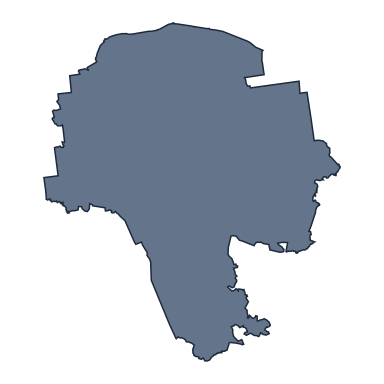 Blīdenes pag., Brocenu, Latvia
{"feature_id": "27541924B82877034369883", "entity_name": "Blīdenes pag.", "entity_type": "district", "adm_level": 2, "iso_a3": "LVA", "parent_name": "Latvia", "parent_adm1": "Brocenu", "projection": "albers", "projection_center": [22.765, 56.631], "detail": "fine", "context": "isolated", "style": "filled", "palette": "slate", "viewbox_px": 384, "rotation_deg": 0, "n_neighbors": 0, "source": "geoboundaries", "source_scale": "gbopen_adm2", "svg_char_len": 5939}
<svg xmlns="http://www.w3.org/2000/svg" viewBox="0 0 384 384"><path d="M226.9,350.4L228.3,346.0L228.8,344.9L229.0,343.1L230.3,342.5L236.2,343.1L242.2,344.4L242.3,344.7L243.7,344.2L241.7,339.6L238.1,341.2L233.7,336.6L232.6,332.7L232.8,329.7L231.3,326.6L233.8,325.9L234.8,324.5L237.6,325.3L239.8,327.6L243.3,325.8L243.2,327.1L245.1,327.6L246.3,328.6L246.6,329.9L247.4,331.2L247.3,332.0L245.2,332.3L244.1,333.9L246.5,335.3L249.0,333.9L250.9,333.3L254.1,335.4L256.9,335.7L258.3,336.5L259.0,336.3L260.7,332.7L261.6,332.9L262.3,334.2L266.0,335.1L269.2,333.7L268.4,331.9L267.2,331.6L265.1,330.1L265.0,329.1L266.6,327.0L267.3,327.4L269.2,326.4L270.3,325.4L269.2,322.3L266.8,320.1L264.2,318.7L263.1,319.3L259.2,320.3L258.4,321.1L257.2,320.8L257.1,319.5L257.2,316.2L255.8,315.7L254.9,317.4L253.3,318.4L252.4,318.1L249.6,315.4L248.7,317.8L247.9,318.1L247.5,316.9L248.1,315.9L247.1,312.7L247.1,310.3L245.0,308.1L248.4,301.7L246.2,298.5L246.5,296.8L247.4,296.4L246.8,294.9L245.3,294.9L244.8,292.2L244.1,290.4L243.7,290.4L243.9,289.6L242.4,289.8L241.9,289.4L238.3,289.0L238.2,290.8L236.0,288.7L233.7,290.8L231.5,290.7L227.7,287.0L229.3,285.9L232.1,287.8L234.2,286.9L235.5,282.9L236.4,282.4L236.7,280.2L235.2,278.3L235.5,277.2L236.9,276.2L234.9,273.6L235.1,272.3L233.6,268.3L237.4,267.4L237.6,266.4L237.6,265.9L236.5,265.7L235.8,264.1L235.2,264.5L233.7,264.3L233.5,262.7L231.8,258.5L229.2,256.3L228.0,254.4L228.3,247.6L231.0,236.2L232.4,235.6L236.1,236.2L239.5,240.3L241.9,240.9L254.1,245.7L255.3,243.3L257.2,242.2L258.1,242.1L260.3,242.5L261.2,242.1L263.3,243.6L268.8,244.5L269.9,249.9L279.6,252.2L283.1,251.9L283.9,251.0L283.9,249.3L283.3,249.0L282.0,247.1L278.8,244.8L277.7,243.2L282.1,242.4L287.6,242.5L286.0,251.5L286.6,252.0L288.1,251.1L288.8,251.4L291.2,251.2L292.9,250.6L293.8,251.4L295.5,251.3L295.6,251.9L296.1,252.0L296.0,252.4L296.1,253.1L297.4,253.1L297.7,252.9L297.9,251.9L298.7,251.3L300.2,251.1L300.9,250.5L302.1,250.4L303.6,249.7L304.7,250.0L305.9,249.5L306.4,248.8L307.5,248.6L307.7,247.9L309.3,246.3L310.4,244.3L311.8,244.1L312.6,243.2L313.7,242.7L314.0,241.9L314.4,241.8L310.1,240.1L310.2,238.8L309.9,236.4L310.1,235.3L310.5,234.8L311.2,234.6L310.5,231.6L308.8,231.4L310.7,227.0L314.6,215.2L315.6,212.2L315.5,211.1L315.8,209.8L316.8,207.1L318.3,205.7L319.4,205.3L319.7,204.6L318.8,203.4L318.5,203.7L318.0,202.9L317.0,202.6L316.0,201.7L315.9,201.0L315.5,200.8L315.3,200.2L313.8,200.5L313.6,201.3L312.6,200.1L312.8,198.6L313.2,197.0L313.0,196.6L313.5,195.9L314.1,195.2L314.7,195.2L315.3,196.2L315.6,195.9L315.3,194.8L314.6,194.7L314.4,194.2L315.5,192.9L316.8,192.6L316.9,191.0L316.0,190.8L316.6,190.0L316.7,189.4L317.1,189.3L316.8,188.2L317.8,186.7L317.0,184.2L315.2,182.9L314.6,182.8L314.6,181.6L315.1,180.5L316.4,179.9L318.1,180.3L318.6,180.1L319.2,180.6L320.8,180.4L321.8,179.7L323.1,179.8L322.2,178.8L322.8,178.4L323.0,177.8L323.4,177.4L323.7,176.7L326.3,177.1L326.5,178.0L328.2,177.7L329.0,176.4L331.8,174.0L333.2,174.3L334.0,175.2L334.4,175.1L334.7,174.5L335.3,175.5L336.0,175.5L336.1,174.7L335.8,174.1L335.8,173.2L336.4,173.1L336.9,172.1L337.6,171.9L338.5,169.9L340.0,167.8L340.1,167.4L339.9,167.1L340.0,166.6L339.3,166.4L339.4,165.5L339.0,164.5L338.1,164.1L337.8,164.6L331.3,157.4L329.4,156.0L329.2,154.4L329.9,152.8L329.6,148.0L327.8,147.1L326.7,145.7L326.5,143.6L322.9,140.9L318.1,140.2L314.2,140.7L311.1,119.0L307.0,92.3L299.9,93.3L299.1,81.2L250.5,87.9L249.9,85.9L247.8,86.2L246.3,83.9L245.5,79.4L244.6,77.6L264.1,74.7L262.3,62.2L261.7,60.9L261.9,60.8L262.0,51.3L263.0,50.4L255.6,47.2L250.2,42.7L247.5,41.2L222.7,31.4L215.7,30.0L209.6,29.3L209.2,28.5L206.7,28.6L193.7,26.5L193.7,26.8L191.7,26.1L177.7,24.0L173.8,23.7L173.8,23.0L172.7,23.0L172.6,23.5L168.4,24.4L159.8,29.1L157.2,29.9L157.3,30.2L150.7,31.4L149.3,31.2L131.6,34.2L127.9,34.2L126.7,33.6L122.0,33.7L116.1,34.8L110.3,36.7L108.9,37.4L107.2,39.1L105.1,38.8L103.7,41.1L104.3,41.7L100.3,45.6L97.2,53.3L96.4,56.7L95.4,58.7L95.9,60.1L96.1,60.1L96.6,62.0L87.2,67.5L88.1,70.0L84.9,68.8L78.7,70.3L78.5,71.1L79.9,74.2L69.7,75.7L71.4,92.5L58.0,93.9L58.6,99.6L56.9,101.5L59.5,105.1L60.6,108.9L56.1,110.5L53.8,110.1L52.6,111.1L54.3,117.3L53.9,117.2L52.5,118.1L52.5,118.8L52.2,119.0L55.2,124.0L56.2,124.0L57.5,125.8L61.4,125.8L62.4,125.0L63.1,128.9L64.6,141.9L64.4,142.5L62.2,141.9L62.6,144.0L64.0,145.8L63.2,146.3L63.3,147.3L61.0,147.5L60.2,146.1L57.5,147.1L56.6,146.9L54.5,147.7L58.1,175.8L43.9,177.6L45.6,190.0L46.3,197.7L46.2,199.2L47.7,200.0L48.4,199.3L49.2,199.4L49.5,199.1L50.0,199.1L49.8,200.0L50.8,200.1L50.7,200.6L51.6,201.9L53.5,201.2L55.1,201.6L56.4,201.0L57.3,202.6L59.1,201.5L60.2,202.3L60.3,202.9L60.8,203.4L61.3,202.4L61.9,202.4L62.1,202.9L62.1,203.6L62.8,203.1L62.6,203.8L63.3,204.1L63.0,205.2L63.4,205.0L63.7,205.8L64.3,206.0L65.8,207.3L66.1,208.2L65.9,209.5L66.5,209.9L66.4,210.6L66.8,210.5L67.3,211.3L67.0,211.9L67.3,212.0L67.3,212.9L67.5,213.1L68.5,212.7L69.5,213.4L68.7,211.8L72.5,210.7L75.0,210.7L78.1,209.9L78.5,206.5L81.6,206.7L82.2,208.7L85.0,211.1L87.4,211.5L89.3,209.0L89.7,203.6L92.6,204.9L92.6,205.8L105.1,207.8L105.3,210.8L105.8,211.0L108.2,210.6L109.6,209.8L111.6,210.8L111.3,211.8L111.4,212.5L112.7,212.9L114.0,212.8L115.4,211.4L116.7,213.0L118.2,214.0L120.3,216.4L125.0,220.7L134.4,242.0L135.8,244.3L141.5,242.1L142.7,245.3L147.3,252.8L147.0,255.4L149.7,259.2L150.7,262.3L151.3,280.3L169.3,323.9L176.0,338.5L176.4,338.7L178.1,336.8L179.9,337.9L181.9,337.8L183.7,338.6L185.3,339.8L186.4,341.9L189.2,341.9L189.7,342.5L191.1,342.8L194.1,344.9L193.5,347.5L192.8,349.2L192.9,352.7L193.8,354.5L193.9,355.3L195.6,356.4L198.6,356.9L198.9,357.3L198.8,358.5L201.7,359.3L202.6,358.2L203.6,358.4L204.7,360.8L207.0,361.0L209.5,360.1L210.9,358.3L211.1,357.5L213.8,355.5L213.9,354.9L214.6,355.0L215.3,354.5L215.8,354.6L216.9,353.2L217.6,353.4L218.3,353.1L218.5,352.7L218.9,352.9L219.5,352.5L220.6,352.8L221.1,352.1L221.6,352.5L221.7,351.7L222.0,352.1L222.7,351.2L224.6,351.3L225.9,350.4L226.9,350.4Z" fill="#64748b" stroke="#1e293b" stroke-width="1.5"/></svg>